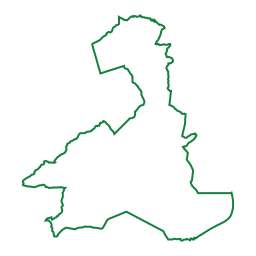 Campos dos Goytacazes, Rio de Janeiro, Brazil
{"feature_id": "56859067B60094869559432", "entity_name": "Campos dos Goytacazes", "entity_type": "district", "adm_level": 2, "iso_a3": "BRA", "parent_name": "Brazil", "parent_adm1": "Rio de Janeiro", "projection": "orthographic", "projection_center": [-41.44, -21.65], "detail": "fine", "context": "isolated", "style": "outline", "palette": "green", "viewbox_px": 256, "rotation_deg": 0, "n_neighbors": 0, "source": "geoboundaries", "source_scale": "gbopen_adm2", "svg_char_len": 5771}
<svg xmlns="http://www.w3.org/2000/svg" viewBox="0 0 256 256"><path d="M118.9,16.9L119.1,23.4L118.7,24.4L116.2,25.3L114.8,26.6L113.2,27.6L112.8,28.4L112.3,30.2L111.6,31.7L110.2,32.5L108.7,31.9L107.8,32.4L106.5,33.4L106.5,34.5L105.5,35.5L103.7,36.4L102.7,37.1L100.0,40.0L97.4,41.3L96.9,41.8L95.5,42.3L92.8,43.6L92.3,44.1L92.5,45.9L95.4,55.7L100.4,73.4L124.0,65.9L124.1,67.1L125.2,68.5L127.5,69.0L128.0,69.5L128.3,70.4L129.4,71.9L130.1,73.4L130.8,74.1L131.4,74.6L132.4,76.1L132.3,77.2L132.5,78.5L132.5,80.7L132.4,81.8L132.8,82.5L134.8,83.3L135.6,84.0L136.6,85.5L137.5,85.7L137.6,86.5L139.9,89.6L140.7,90.5L141.3,91.6L141.5,92.9L141.4,94.9L141.8,95.9L143.5,98.8L143.7,99.8L144.4,101.5L144.3,102.6L143.4,104.8L140.1,105.9L139.8,106.5L138.8,107.2L137.3,109.3L136.0,110.9L135.1,111.4L135.2,113.1L134.8,115.8L134.3,116.7L133.7,117.3L132.8,117.9L129.4,118.6L128.9,119.4L114.3,134.0L113.8,133.1L113.6,131.8L111.0,129.4L110.3,128.4L110.0,127.1L109.0,126.1L108.5,125.1L107.7,124.4L107.0,124.1L105.2,121.9L103.3,121.1L102.8,122.2L101.7,122.7L100.7,122.8L100.0,123.1L99.9,123.9L99.5,124.7L99.3,125.6L98.7,125.4L97.4,126.2L96.3,125.8L94.9,127.1L94.7,128.0L93.9,128.8L93.0,129.2L92.7,129.8L91.7,130.2L91.2,131.2L87.9,131.8L86.7,131.8L85.7,132.5L85.1,133.2L81.6,133.2L80.5,133.1L79.4,133.9L78.4,135.5L77.6,137.5L76.9,138.1L76.3,138.9L74.7,139.2L74.1,139.9L73.0,140.3L71.2,141.3L70.3,141.4L69.8,142.6L69.0,143.2L68.1,143.3L67.2,144.1L67.1,145.2L66.1,146.8L66.4,148.8L66.4,150.0L65.4,151.5L65.3,152.2L64.8,152.7L62.8,154.0L61.9,154.1L61.0,154.5L60.5,155.0L59.9,155.3L59.3,156.1L58.4,156.4L57.4,157.4L54.4,160.8L54.7,161.7L55.3,162.3L54.4,162.8L53.2,162.8L52.6,162.6L51.7,162.6L50.8,162.4L49.0,162.7L48.3,161.9L47.3,161.5L46.4,161.3L45.6,160.9L44.9,161.3L44.1,161.5L44.2,163.5L43.5,164.4L42.6,164.6L41.7,164.6L40.8,165.4L40.5,166.6L39.7,167.1L39.4,167.7L38.8,168.1L38.3,168.8L37.6,169.3L35.8,170.1L35.2,170.7L35.0,171.4L34.3,172.2L34.4,173.5L33.8,174.1L33.0,174.5L31.4,174.9L29.9,176.4L26.4,178.1L25.7,178.8L23.9,179.9L23.3,180.6L22.9,181.3L22.9,182.1L23.4,182.7L23.6,183.5L23.4,184.2L22.9,184.7L23.3,185.4L27.6,186.4L30.1,186.5L33.4,187.1L34.9,187.1L39.7,185.3L41.0,185.3L43.2,184.7L43.9,184.8L45.5,186.0L45.8,187.1L46.5,187.2L47.5,187.1L48.9,187.9L52.1,187.7L52.9,187.5L57.1,187.5L58.6,187.3L59.4,187.5L61.4,187.2L63.8,187.9L65.1,187.9L64.2,188.9L64.0,190.0L63.2,191.9L62.6,192.8L62.9,195.9L62.6,197.6L61.9,199.0L61.4,201.2L61.6,201.9L62.8,204.8L62.8,205.7L61.7,206.7L61.5,207.6L62.3,210.3L62.2,211.1L61.8,212.0L61.2,212.9L60.6,213.4L59.1,214.2L58.2,215.8L57.2,216.0L56.7,216.9L56.1,217.4L55.4,217.5L54.5,218.1L53.8,218.8L51.9,219.6L51.5,218.4L51.4,217.3L47.4,218.4L46.2,219.5L45.7,220.5L46.5,220.3L48.8,220.6L50.9,223.0L51.4,223.8L51.6,224.9L51.2,226.8L52.0,227.4L52.4,228.3L52.3,229.4L52.1,230.2L52.2,231.0L53.4,232.1L53.9,234.2L53.8,235.2L54.3,236.4L56.7,236.5L57.7,235.7L57.9,234.7L58.5,233.8L62.2,229.9L63.0,229.4L63.8,229.1L65.0,228.2L65.8,227.8L66.5,227.7L68.7,228.1L73.6,229.1L75.4,229.2L76.2,228.6L78.7,227.7L82.2,227.4L85.3,226.5L87.5,226.8L90.2,226.7L91.1,226.8L93.2,227.6L94.2,227.8L95.8,227.7L100.9,228.7L101.8,228.6L102.6,228.0L103.5,226.8L107.0,220.4L107.6,219.7L109.0,218.8L126.4,211.7L163.4,231.2L164.9,234.4L168.3,239.6L170.0,239.4L171.1,239.6L173.2,239.2L174.0,238.8L174.7,238.8L175.7,239.1L176.9,239.2L180.5,239.0L180.6,239.9L181.3,240.6L182.3,240.6L183.7,239.7L185.1,239.5L186.0,239.6L186.8,239.0L189.1,239.7L190.2,240.2L190.4,239.4L190.8,238.5L191.5,238.9L192.3,239.0L192.8,239.4L193.3,238.8L194.0,239.4L194.5,238.8L194.4,237.8L195.3,237.8L196.1,238.2L196.9,237.4L198.9,236.0L200.4,235.2L210.0,229.2L216.4,225.7L222.3,222.8L225.0,221.3L227.5,219.4L229.3,217.8L229.8,217.2L230.8,215.4L231.9,212.6L232.8,208.7L233.1,206.3L233.1,201.1L232.4,196.6L231.5,192.7L230.9,193.1L198.0,193.1L196.5,190.4L192.1,185.8L190.7,182.7L190.9,181.4L191.6,181.0L192.0,180.2L193.1,170.3L190.3,164.4L186.7,159.6L187.9,152.9L186.6,151.3L183.3,147.7L182.9,146.9L184.2,146.4L185.3,146.5L186.3,145.9L187.1,145.2L187.8,143.9L188.6,143.0L191.1,141.5L192.3,140.5L193.9,139.3L195.9,136.7L196.0,135.9L196.4,135.0L195.4,134.5L195.3,133.6L194.5,133.7L193.8,134.1L191.5,134.3L190.4,134.8L189.7,135.6L188.9,136.1L188.0,136.4L186.6,137.8L184.8,137.7L183.4,136.6L182.3,136.3L182.3,135.2L184.8,124.8L185.2,121.6L185.2,118.9L185.6,115.2L185.5,113.9L184.4,113.7L182.7,113.9L181.8,113.7L181.5,112.9L181.0,112.4L179.7,111.6L177.8,110.9L176.8,110.3L176.0,109.3L175.0,108.9L174.6,108.2L174.2,107.5L173.6,106.8L172.7,106.6L171.9,106.1L171.2,105.5L169.4,105.0L171.0,91.0L170.1,91.2L167.7,88.7L167.7,87.9L168.4,87.2L168.7,84.9L168.1,82.8L168.5,80.7L168.1,79.9L168.1,78.9L168.6,77.4L168.2,74.2L168.2,72.0L168.1,71.3L167.3,70.5L167.2,69.6L166.3,68.2L166.9,66.2L167.8,65.5L168.5,64.8L168.3,63.5L169.4,63.1L170.2,63.3L171.2,63.1L172.0,62.2L172.9,61.6L172.9,59.9L172.0,58.4L171.5,57.9L170.7,57.6L169.6,57.4L168.9,56.9L167.8,57.1L166.7,56.9L166.6,56.1L166.3,55.0L165.6,54.2L165.9,53.2L166.7,51.8L166.9,50.8L166.9,49.4L167.7,48.2L169.6,46.4L170.3,45.1L170.2,44.1L168.9,44.0L167.9,44.6L167.1,44.8L165.0,44.7L164.0,44.3L163.3,44.4L162.5,44.8L161.3,44.8L159.7,45.1L159.1,44.7L158.6,44.0L157.8,43.9L156.8,44.4L155.7,44.1L156.7,41.4L157.7,40.6L158.4,39.5L159.2,37.5L160.3,35.4L161.3,31.0L161.7,30.0L162.3,29.2L163.3,29.0L164.7,27.9L164.0,26.4L161.5,25.0L160.5,24.6L159.5,24.9L159.1,24.3L157.9,23.7L155.8,21.3L154.7,21.8L154.7,21.0L154.5,19.8L152.7,19.7L152.8,20.7L151.7,20.6L150.9,20.2L151.1,19.5L149.8,18.2L148.9,18.5L147.9,18.4L146.8,17.8L145.7,17.8L143.2,17.1L142.0,17.3L141.1,16.7L140.8,15.7L140.1,15.4L139.7,16.1L136.9,16.8L134.6,16.0L133.8,16.7L133.0,16.1L132.4,16.8L131.6,16.5L130.6,17.0L127.1,20.3L126.2,20.0L124.5,20.1L123.7,19.7L122.8,18.7L121.1,18.3L118.9,16.9Z" fill="none" stroke="#15803d" stroke-width="2"/></svg>